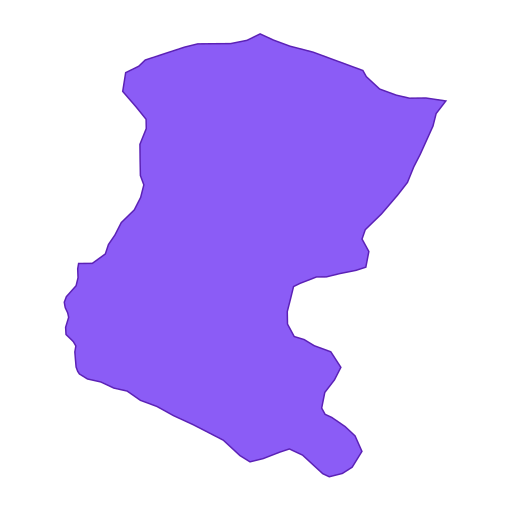 Phyonggang, Kangwŏn-do, North Korea (Mercator projection), rotated 89°
{"feature_id": "82179303B58088097152813", "entity_name": "Phyonggang", "entity_type": "district", "adm_level": 2, "iso_a3": "PRK", "parent_name": "North Korea", "parent_adm1": "Kangwŏn-do", "projection": "mercator", "projection_center": [127.257, 38.47], "detail": "fine", "context": "isolated", "style": "filled", "palette": "violet", "viewbox_px": 512, "rotation_deg": 89, "n_neighbors": 0, "source": "geoboundaries", "source_scale": "gbopen_adm2", "svg_char_len": 1535}
<svg xmlns="http://www.w3.org/2000/svg" viewBox="0 0 512 512"><g transform="rotate(89 256 256)"><path d="M260.4,433.5L263.6,434.1L265.7,434.5L274.6,434.3L282.6,436.4L293.3,446.3L297.4,447.9L298.8,448.5L302.2,448.0L304.4,447.6L305.5,447.1L309.5,445.3L312.4,444.7L314.1,444.4L324.0,447.6L329.3,447.4L331.2,447.3L336.4,442.1L338.5,440.1L342.8,437.7L348.8,438.8L357.0,438.3L363.9,437.8L368.2,436.3L370.9,434.6L376.0,426.7L379.2,413.5L385.6,400.4L388.8,387.2L398.3,374.1L404.7,357.7L414.2,341.2L423.7,321.5L439.6,291.9L455.3,275.5L461.7,265.6L458.7,252.4L452.6,235.9L449.5,226.0L455.9,212.9L462.2,206.3L474.8,193.1L478.0,186.6L474.9,173.4L468.8,163.5L453.2,153.5L437.6,160.1L428.1,169.9L418.7,183.1L415.5,189.7L409.2,193.0L393.6,189.6L381.2,179.7L368.8,173.1L353.1,182.9L346.7,199.4L340.4,209.3L337.2,219.2L324.6,225.7L312.1,225.7L299.7,222.3L287.2,219.0L284.1,212.4L278.0,195.9L278.1,186.0L275.1,172.8L272.1,156.3L269.1,146.4L253.5,143.1L240.9,149.7L231.6,146.3L216.1,129.8L197.5,113.3L185.1,103.3L169.6,96.7L157.1,90.0L129.2,76.8L116.7,73.4L104.3,63.5L101.0,83.3L100.9,99.8L97.6,113.0L91.2,129.5L78.6,142.6L72.4,145.9L59.6,178.9L53.2,195.3L46.8,218.4L40.4,234.8L34.0,248.0L36.2,252.7L40.2,261.2L43.2,277.7L43.0,297.4L42.9,310.6L45.9,323.8L52.0,343.6L58.1,363.3L64.2,369.9L70.4,383.1L89.1,386.4L104.8,373.3L117.4,363.5L126.7,363.5L142.3,370.1L157.9,370.2L173.5,370.2L182.9,366.9L195.4,370.3L207.8,376.9L220.2,390.1L232.6,396.7L241.9,403.3L251.3,406.6L260.5,419.8L260.4,433.5Z" fill="#8b5cf6" stroke="#5b21b6" stroke-width="1.5"/></g></svg>